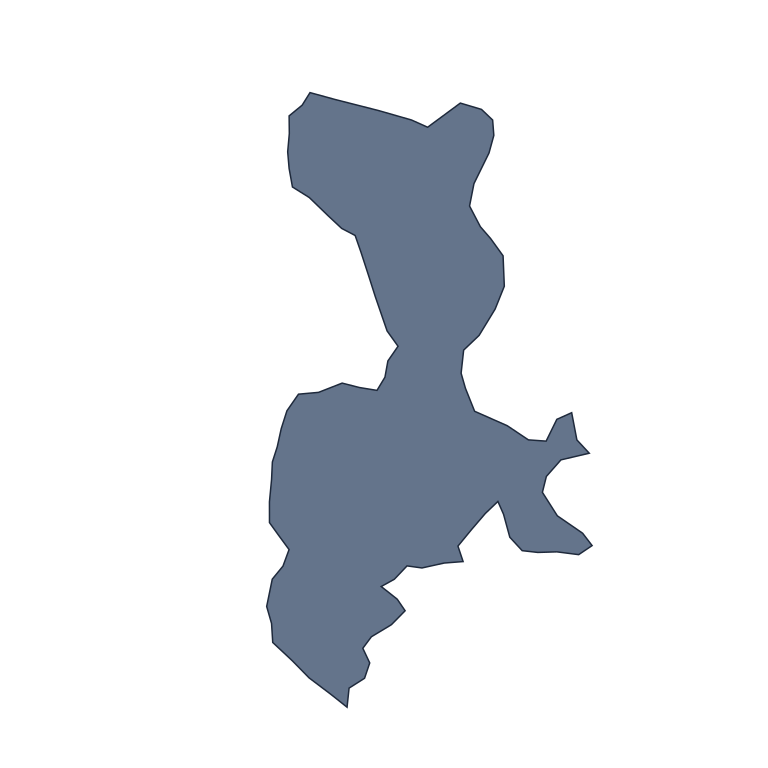 the district of Potim, São Paulo, Brazil, rotated 254°
{"feature_id": "56859067B20818489532691", "entity_name": "Potim", "entity_type": "district", "adm_level": 2, "iso_a3": "BRA", "parent_name": "Brazil", "parent_adm1": "São Paulo", "projection": "albers", "projection_center": [-45.306, -22.823], "detail": "fine", "context": "isolated", "style": "filled", "palette": "slate", "viewbox_px": 768, "rotation_deg": 254, "n_neighbors": 0, "source": "geoboundaries", "source_scale": "gbopen_adm2", "svg_char_len": 1394}
<svg xmlns="http://www.w3.org/2000/svg" viewBox="0 0 768 768"><g transform="rotate(254 384 384)"><path d="M684.5,393.2L674.6,382.2L667.9,366.7L650.8,362.0L633.7,355.4L617.4,352.2L598.6,350.3L583.8,363.6L561.4,376.5L545.2,386.2L534.7,397.2L516.8,398.2L491.5,399.1L470.6,399.7L434.1,401.6L416.4,407.9L405.1,394.1L390.3,386.8L379.8,375.5L387.4,359.4L396.4,344.0L394.0,318.8L397.8,299.0L385.0,283.3L369.4,272.9L353.1,264.1L339.8,255.2L323.2,249.6L302.3,241.4L282.3,235.7L268.1,240.8L251.0,247.1L236.8,236.7L227.2,222.8L202.5,209.9L184.8,209.9L166.2,205.8L143.0,219.7L122.1,231.0L100.7,247.1L83.5,259.4L101.3,266.6L106.5,284.2L119.8,293.4L135.8,290.8L144.5,302.2L150.6,324.8L160.2,341.8L173.5,337.4L190.1,325.5L193.5,340.2L202.8,356.0L196.7,369.8L195.3,392.5L191.5,411.1L207.8,410.4L220.0,428.1L231.6,445.7L239.7,461.1L225.8,463.0L202.0,462.7L185.7,470.9L179.7,485.4L175.0,503.9L166.3,524.1L171.3,539.5L185.8,533.8L209.5,514.3L236.2,506.4L250.4,514.6L262.3,533.2L260.9,562.2L277.1,554.0L304.7,556.5L302.4,540.4L284.4,524.1L290.5,507.4L309.9,491.0L332.8,463.6L357.5,461.1L373.1,461.1L394.6,469.9L404.5,488.8L414.9,500.1L425.4,511.5L444.8,526.6L474.4,533.8L494.4,526.6L508.6,520.0L531.5,515.3L551.8,525.7L577.1,548.6L592.7,558.1L607.8,561.2L621.1,553.4L633.0,534.8L625.5,514.7L618.8,496.7L630.2,483.2L648.5,453.9L671.1,415.2L684.5,393.2Z" fill="#64748b" stroke="#1e293b" stroke-width="1.5"/></g></svg>